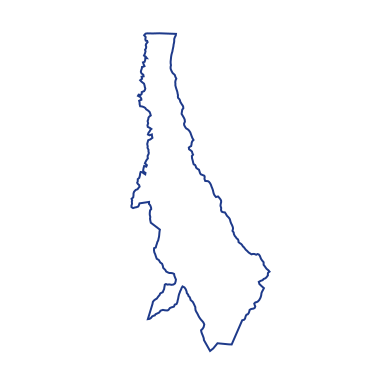 the district of Rio de Contas, Bahia, Brazil, rotated 202°
{"feature_id": "56859067B14816521084230", "entity_name": "Rio de Contas", "entity_type": "district", "adm_level": 2, "iso_a3": "BRA", "parent_name": "Brazil", "parent_adm1": "Bahia", "projection": "orthographic", "projection_center": [-41.715, -13.627], "detail": "fine", "context": "isolated", "style": "outline", "palette": "blue", "viewbox_px": 384, "rotation_deg": 202, "n_neighbors": 0, "source": "geoboundaries", "source_scale": "gbopen_adm2", "svg_char_len": 5865}
<svg xmlns="http://www.w3.org/2000/svg" viewBox="0 0 384 384"><g transform="rotate(202 192 192)"><path d="M115.7,51.4L113.7,54.9L111.7,61.3L100.9,64.5L98.1,65.5L97.4,91.9L95.9,93.0L95.4,94.5L95.6,95.8L95.7,97.3L95.5,98.7L94.5,99.5L94.1,100.9L94.1,102.3L94.4,104.3L93.3,105.7L91.2,107.0L90.4,108.2L90.5,109.7L91.5,110.6L92.5,111.9L91.9,113.4L90.8,114.1L89.9,115.2L89.2,117.1L88.9,119.7L89.1,121.9L89.7,124.3L89.7,125.9L89.5,127.4L89.3,129.8L92.2,130.8L93.4,131.3L95.0,131.9L96.4,133.7L95.0,135.4L93.5,136.7L93.0,138.2L91.9,139.2L91.2,140.3L90.7,141.9L90.4,143.2L91.0,144.4L91.2,145.7L90.3,147.2L92.0,148.1L94.1,148.7L95.5,149.6L96.9,150.5L98.3,151.3L99.3,153.7L101.4,154.8L103.0,155.9L104.3,157.3L105.4,158.4L106.7,159.1L108.0,159.0L109.0,157.9L110.9,157.9L112.3,157.4L113.5,156.5L115.1,156.8L116.7,157.1L119.0,158.1L120.5,158.6L122.0,159.5L123.1,160.2L124.4,160.6L125.7,161.6L126.9,162.2L128.6,162.5L130.1,163.0L130.7,164.3L131.7,165.3L133.2,165.7L134.7,166.7L135.9,167.3L137.4,168.7L138.2,170.1L139.9,171.1L140.2,173.3L140.9,174.6L142.4,176.2L143.9,177.5L145.2,178.9L146.0,180.0L146.8,181.0L147.9,181.8L149.4,182.5L150.8,183.1L152.4,184.4L153.9,185.4L155.6,184.9L157.1,184.9L158.3,186.1L159.0,188.2L160.4,189.8L160.9,191.5L161.2,193.6L161.8,194.9L162.8,195.8L164.9,197.0L166.2,197.6L167.9,196.3L169.9,197.4L171.3,198.7L172.4,200.2L173.2,201.4L174.6,203.0L176.0,204.4L177.0,205.6L178.5,206.9L180.1,207.8L181.3,208.0L182.6,207.6L183.9,207.2L185.4,208.9L185.9,210.8L186.7,211.7L188.7,211.7L190.5,211.7L191.6,212.5L192.5,213.6L193.9,215.3L195.6,215.5L197.3,216.1L198.2,217.3L199.3,218.2L200.8,218.3L201.8,219.5L202.9,221.1L204.6,223.3L205.6,225.3L205.0,227.0L206.1,228.0L207.2,229.5L208.8,230.1L210.7,230.5L211.6,232.0L210.9,233.2L210.0,234.3L210.3,236.0L210.7,237.3L210.8,239.0L210.1,240.8L211.8,242.1L213.3,243.7L214.3,244.8L215.9,246.6L217.8,247.9L219.6,248.6L221.0,248.7L222.1,249.3L223.3,250.2L224.4,251.2L225.0,252.5L224.9,254.5L225.9,256.4L227.0,257.5L228.0,258.3L229.4,259.4L230.9,260.5L231.4,262.5L231.9,264.8L231.4,266.3L232.0,267.6L232.9,268.6L234.2,269.4L235.4,270.3L236.7,271.3L237.6,272.6L238.6,273.4L240.2,274.1L240.9,275.3L241.3,276.6L242.2,277.8L242.9,279.0L243.8,280.2L244.7,281.2L246.1,282.9L247.4,284.7L248.0,286.3L248.7,287.6L249.1,289.5L249.0,291.2L250.6,292.6L251.7,294.0L252.9,294.5L254.4,295.0L255.7,296.0L256.9,297.1L258.0,298.3L258.7,299.9L259.0,301.7L260.0,303.3L260.7,305.0L261.3,307.1L261.8,308.8L262.2,310.3L262.5,311.8L262.7,313.4L262.8,314.8L263.2,316.6L263.5,318.3L263.8,320.0L264.3,321.8L264.6,323.7L265.0,325.2L265.8,327.2L265.9,329.2L265.7,331.0L266.1,332.6L281.8,326.9L287.3,324.5L291.6,322.8L293.0,322.3L294.4,321.4L295.1,319.4L293.0,318.3L292.5,316.1L291.6,315.0L290.2,315.3L289.3,314.3L290.0,312.2L289.9,310.8L288.8,309.4L288.5,307.9L288.8,306.2L287.8,305.1L287.5,302.9L287.6,300.5L285.8,300.2L284.1,299.2L285.5,298.8L284.9,297.1L284.7,295.0L286.0,293.8L284.5,292.1L283.2,290.9L284.0,290.0L285.2,289.2L284.8,287.7L284.7,285.5L284.4,284.2L283.2,283.0L281.1,282.5L280.2,281.1L281.9,280.0L280.7,278.3L281.9,276.2L280.5,275.5L278.9,275.0L277.1,274.5L275.9,273.0L275.1,271.7L274.1,270.5L273.9,269.2L274.2,267.6L276.0,265.8L275.4,264.1L276.0,262.7L277.9,262.3L278.1,260.9L275.5,260.7L274.1,259.7L273.5,258.6L275.2,256.8L274.1,255.3L273.4,253.7L272.2,252.1L270.3,252.6L268.6,252.7L266.8,252.4L265.5,251.5L263.4,251.1L261.4,250.4L260.3,249.3L258.9,247.5L259.8,246.1L260.2,244.7L259.8,243.0L259.7,241.1L258.4,239.3L258.3,237.2L257.4,235.8L254.9,235.6L253.3,235.2L253.9,233.9L254.0,232.3L254.5,230.8L254.4,228.8L252.6,228.7L250.8,230.3L250.1,229.0L249.0,227.4L250.4,225.1L252.0,223.6L251.8,221.8L251.5,219.7L250.2,217.8L249.8,216.3L248.2,214.9L247.5,213.2L246.7,212.1L246.5,210.7L246.7,209.1L246.3,207.9L245.5,206.6L246.1,204.7L246.3,202.8L246.4,201.0L243.9,200.0L243.9,198.4L246.1,198.2L245.9,196.3L245.4,193.7L244.1,192.6L242.3,192.3L242.0,190.9L243.7,191.2L245.6,191.7L247.1,191.3L247.0,189.8L246.5,187.8L246.2,185.4L247.1,183.6L246.3,181.5L246.3,180.0L245.2,179.2L243.6,178.6L242.6,177.3L243.1,175.9L243.5,174.2L245.0,172.8L245.8,170.6L245.7,168.8L245.0,167.0L244.5,165.0L245.5,163.0L244.4,161.9L244.2,160.6L243.2,158.6L243.0,156.5L242.4,155.3L240.6,155.0L239.1,156.3L237.8,157.1L236.4,158.4L236.3,159.9L236.4,161.8L228.1,166.7L227.4,164.8L225.9,164.1L224.9,163.1L224.0,162.0L223.4,160.8L224.0,159.3L223.5,157.4L223.1,156.2L222.6,155.0L221.3,153.2L220.9,151.5L220.0,150.0L218.7,148.1L207.7,145.1L207.3,143.2L206.9,141.8L206.3,139.9L205.8,138.1L205.6,136.6L205.2,134.4L205.4,132.6L205.2,131.1L205.1,129.0L204.8,127.0L206.1,125.7L205.4,123.7L204.3,121.9L202.9,120.6L201.4,118.8L199.7,116.9L197.3,116.5L195.1,114.8L192.8,114.2L191.3,112.5L190.3,110.9L188.9,110.3L187.5,109.7L186.2,108.6L184.4,108.4L182.7,108.4L180.6,109.2L179.3,109.4L177.9,109.3L177.1,107.9L175.7,106.4L174.1,104.8L173.7,103.1L173.5,100.9L174.5,99.3L176.1,98.3L178.5,97.8L180.2,96.9L181.7,96.9L182.5,95.9L182.2,94.7L181.9,93.2L181.5,91.5L181.6,90.1L181.6,88.1L182.7,87.0L183.5,85.9L183.5,84.1L184.1,82.6L184.4,81.3L184.7,80.0L185.8,78.6L186.7,77.0L187.1,75.4L186.7,73.5L185.3,57.6L183.8,58.5L182.8,60.0L182.4,61.6L181.3,62.9L180.3,63.6L180.0,65.0L178.7,66.4L177.3,67.9L176.7,70.2L174.8,71.8L172.6,72.2L170.2,73.1L169.5,74.2L169.1,76.0L167.8,77.4L166.8,78.1L165.8,79.0L165.8,81.1L164.4,82.3L164.3,84.2L164.7,86.3L164.9,88.0L165.3,89.8L165.7,92.3L165.7,94.3L165.8,95.8L165.6,97.4L165.7,99.0L165.4,100.9L163.3,100.7L161.4,99.5L159.8,97.8L158.9,96.3L157.1,95.4L156.4,94.3L155.0,93.8L153.8,92.7L152.9,91.4L151.5,90.9L150.1,90.4L148.8,89.3L147.7,88.3L146.8,87.4L145.8,86.5L145.3,85.3L144.4,83.7L143.1,82.5L141.6,81.4L140.6,80.5L139.5,79.5L138.4,78.6L136.9,77.6L135.7,76.9L134.4,76.3L132.7,75.4L131.0,73.8L130.6,71.1L130.9,69.2L131.8,67.2L130.9,65.8L129.8,64.5L128.4,63.1L127.1,61.7L126.2,60.6L125.5,59.2L115.7,51.4Z" fill="none" stroke="#1e3a8a" stroke-width="2"/></g></svg>